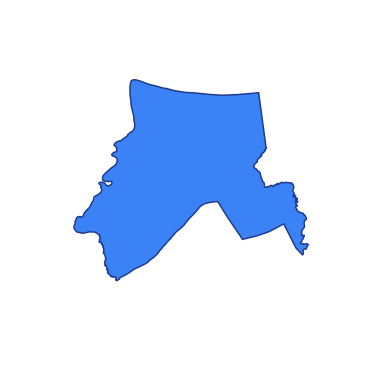 Nchelenge, Luapula, Zambia (Robinson projection), rotated 46°
{"feature_id": "96606910B37258058096160", "entity_name": "Nchelenge", "entity_type": "district", "adm_level": 2, "iso_a3": "ZMB", "parent_name": "Zambia", "parent_adm1": "Luapula", "projection": "robinson", "projection_center": [28.93, -9.367], "detail": "fine", "context": "isolated", "style": "filled", "palette": "blue", "viewbox_px": 384, "rotation_deg": 46, "n_neighbors": 0, "source": "geoboundaries", "source_scale": "gbopen_adm2", "svg_char_len": 6100}
<svg xmlns="http://www.w3.org/2000/svg" viewBox="0 0 384 384"><g transform="rotate(46 192 192)"><path d="M166.9,75.1L163.9,78.9L152.8,92.5L150.0,95.5L148.2,97.7L143.2,103.2L136.3,109.6L122.0,121.8L115.3,128.0L105.6,135.1L100.4,138.1L96.5,141.0L90.5,144.4L87.1,146.7L83.3,148.9L76.3,152.2L72.9,154.1L71.2,155.5L70.0,157.3L70.0,159.0L72.3,162.4L73.1,163.3L74.9,165.2L79.6,169.5L83.7,172.5L87.3,175.5L97.2,181.4L100.3,184.1L100.8,184.5L101.6,184.8L104.0,186.5L106.1,189.2L106.8,191.0L107.0,192.6L106.8,194.2L106.5,194.3L106.2,196.5L106.1,198.2L106.4,199.0L106.6,198.9L106.7,199.0L106.2,203.3L105.9,205.0L105.8,207.0L105.3,208.2L104.3,209.5L103.4,212.5L103.8,214.9L104.1,215.5L104.6,215.6L105.9,215.2L107.6,215.6L109.3,216.7L110.0,217.2L110.1,217.6L110.2,219.0L109.1,221.0L109.2,223.5L109.7,224.0L110.1,224.1L111.1,224.0L112.3,223.2L113.0,223.0L114.3,222.8L115.7,222.8L117.7,224.1L118.8,226.0L119.3,228.0L119.3,229.8L118.8,232.2L118.6,234.2L118.3,242.3L118.5,244.5L119.4,246.2L120.9,247.8L122.0,248.0L123.1,247.5L124.7,246.4L126.6,244.8L128.0,242.8L128.9,242.6L129.9,243.3L130.5,244.6L130.4,245.7L129.8,247.5L128.8,248.6L127.5,248.9L125.5,248.7L124.6,248.7L124.3,248.9L123.0,249.7L121.4,251.0L120.9,252.2L120.9,252.6L121.4,253.1L122.2,253.1L122.8,252.8L123.5,252.8L124.4,253.4L125.6,254.5L126.5,254.8L127.8,255.5L128.4,256.2L128.7,256.7L128.9,259.6L127.5,265.6L127.9,266.5L129.6,268.9L130.1,271.4L131.9,276.6L131.9,281.0L132.1,283.1L132.5,284.5L133.0,285.4L133.6,287.3L133.6,288.1L133.0,289.0L131.4,290.1L130.8,291.0L130.5,291.6L130.4,292.8L132.1,296.6L133.4,297.9L134.0,298.9L134.8,300.9L136.1,302.0L138.6,302.6L140.5,302.6L141.4,302.3L142.0,301.7L145.6,299.4L146.0,298.7L147.3,297.1L149.0,294.0L152.6,290.4L153.6,289.7L156.2,288.9L158.2,288.8L158.5,288.4L159.0,288.2L159.2,288.7L159.9,289.5L160.9,290.0L161.8,289.9L161.9,291.6L162.7,292.3L162.9,292.8L163.2,293.3L163.7,293.6L164.5,293.0L164.9,292.2L165.5,292.5L166.6,292.6L166.6,293.2L166.9,293.4L168.1,293.3L168.3,293.2L168.6,293.2L168.9,293.6L169.4,293.4L169.6,293.7L169.7,294.3L170.7,294.6L171.5,295.0L171.8,295.4L172.3,295.6L172.9,296.3L173.6,296.8L173.8,297.0L173.8,297.4L174.2,297.9L174.6,298.3L174.9,298.0L175.4,298.1L177.2,298.6L178.1,299.3L178.9,299.4L179.5,299.9L180.5,301.0L181.6,303.1L182.5,304.4L183.0,304.6L183.4,304.8L183.7,304.8L184.0,305.1L184.2,305.6L184.8,305.2L184.9,304.9L185.5,304.9L185.6,305.2L185.4,305.4L186.7,305.6L187.3,305.8L188.2,306.8L188.7,306.9L188.9,306.8L189.3,307.2L189.4,306.9L189.6,307.1L190.6,307.1L190.6,307.6L190.8,307.9L191.0,308.1L191.5,308.8L191.7,308.4L192.7,308.9L193.3,308.5L193.8,308.8L194.3,308.7L194.5,308.9L195.4,308.6L195.9,308.9L196.0,308.7L196.3,308.6L196.4,308.9L196.6,308.9L196.8,308.4L197.2,308.5L197.3,308.1L197.6,308.1L198.0,307.6L198.1,307.8L198.3,307.8L198.9,307.6L199.0,307.1L199.6,306.1L200.1,306.3L200.6,306.4L200.8,306.2L201.6,306.6L202.0,306.9L202.0,307.7L202.5,308.0L203.0,307.8L203.5,307.8L204.2,304.8L203.6,303.1L203.8,302.4L205.1,298.8L205.7,296.5L206.5,292.8L207.0,289.0L207.6,286.5L210.3,278.6L211.5,274.5L211.8,272.5L211.8,269.2L212.0,267.6L212.4,265.8L212.5,259.5L211.6,255.4L211.8,254.2L211.2,250.8L211.2,247.2L210.7,244.1L210.7,242.3L210.6,241.3L210.7,239.7L210.3,237.9L210.2,235.5L209.7,231.3L210.2,225.4L210.3,221.1L209.6,216.5L209.1,211.1L209.1,206.9L208.7,201.8L208.1,196.2L208.5,193.3L209.4,190.5L211.7,186.7L214.6,182.7L216.8,180.1L234.3,183.9L261.2,188.5L268.7,175.7L274.1,164.0L278.7,148.1L304.4,156.1L313.9,156.2L314.0,155.4L313.8,154.9L313.1,154.1L311.6,153.2L311.2,152.8L310.9,151.6L311.5,150.3L312.2,149.6L312.3,149.3L312.1,148.7L311.6,148.2L310.9,145.7L310.5,145.0L310.2,144.8L309.4,145.5L308.6,145.8L308.1,146.4L307.4,147.8L306.6,147.9L306.2,148.2L305.8,148.9L305.2,149.4L304.7,149.6L303.8,149.3L303.9,147.2L303.6,146.8L303.0,146.4L302.8,145.9L302.9,145.2L302.8,144.4L302.2,143.3L301.7,142.1L301.2,141.4L300.9,141.5L300.5,142.5L300.1,142.8L299.4,143.3L299.1,143.1L298.8,142.2L297.9,141.8L297.0,141.0L296.0,139.5L295.8,138.0L295.6,137.4L295.6,136.8L295.3,135.5L294.1,134.3L293.0,133.6L291.8,132.6L291.1,131.1L291.0,129.1L290.9,128.6L290.5,128.0L287.1,126.9L286.0,127.2L284.7,126.9L284.2,127.1L283.4,127.7L281.2,128.5L280.1,129.2L279.6,129.4L278.1,128.9L278.7,128.7L278.1,128.9L277.4,128.6L275.5,128.4L274.9,128.0L274.7,127.2L274.1,126.3L274.2,126.0L275.1,126.2L275.1,125.9L274.1,125.6L272.8,125.5L271.4,125.0L271.3,124.9L271.5,124.6L272.6,123.9L272.6,123.3L272.3,122.7L271.9,122.5L271.6,122.5L270.9,122.8L270.1,123.5L269.8,123.6L269.5,123.5L269.3,123.0L269.3,122.5L269.6,122.1L270.4,121.8L270.4,121.3L270.2,121.1L269.5,120.8L268.4,121.3L267.9,121.3L267.4,121.0L266.9,120.3L266.4,120.0L266.2,120.3L266.2,121.2L266.5,122.1L266.4,122.2L265.0,122.0L264.7,121.6L264.5,121.1L264.6,120.2L264.6,119.8L262.8,119.0L261.6,119.0L260.9,118.7L260.3,117.1L259.6,116.1L259.1,115.1L258.5,114.8L257.4,114.6L256.7,114.0L256.3,113.9L255.8,114.5L255.4,114.7L254.6,114.1L250.3,117.8L250.0,118.2L249.5,119.4L249.0,119.9L248.0,120.1L247.6,120.9L247.2,121.3L247.3,121.6L246.7,122.4L246.9,123.7L246.4,124.1L246.0,124.5L245.5,124.4L245.1,124.8L245.1,125.7L245.4,125.7L245.6,125.9L245.5,126.1L245.0,126.4L244.8,127.2L244.2,128.0L244.3,128.3L244.5,128.6L244.5,129.5L244.4,129.8L244.1,129.9L243.8,129.7L243.4,129.7L242.2,130.5L241.7,131.4L241.7,132.4L241.1,133.5L241.1,133.8L240.5,134.1L240.4,134.4L240.6,134.8L240.4,135.0L239.7,135.6L239.6,136.0L238.9,136.2L238.1,135.8L235.7,133.9L235.2,133.7L234.1,134.0L230.7,132.5L229.6,132.3L226.1,130.0L225.0,129.6L224.0,129.6L223.0,129.9L222.6,130.3L221.9,130.2L220.7,129.7L219.6,129.9L218.6,130.3L217.6,130.3L216.9,130.1L216.2,129.2L216.1,128.4L215.4,127.3L215.5,125.7L215.6,125.3L215.5,124.9L215.6,124.0L215.4,123.6L214.7,123.1L214.1,122.2L214.1,121.4L214.3,121.0L214.1,118.8L214.5,117.9L214.5,117.7L214.0,116.6L213.5,116.8L213.1,116.1L213.2,115.5L212.9,115.0L213.3,114.5L212.9,114.2L213.2,112.8L213.1,111.9L213.3,111.8L213.3,111.7L212.9,111.5L213.0,110.5L212.9,110.1L212.7,109.8L212.4,109.8L212.3,110.0L212.1,109.8L212.1,108.9L212.1,107.8L211.4,107.5L211.2,107.6L210.6,107.2L166.9,75.1Z" fill="#3b82f6" stroke="#1e3a8a" stroke-width="1.5"/></g></svg>